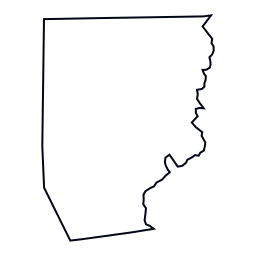 Trizidela do Vale, Maranhão, Brazil (orthographic projection)
{"feature_id": "56859067B97316284417201", "entity_name": "Trizidela do Vale", "entity_type": "district", "adm_level": 2, "iso_a3": "BRA", "parent_name": "Brazil", "parent_adm1": "Maranhão", "projection": "orthographic", "projection_center": [-44.635, -4.551], "detail": "fine", "context": "isolated", "style": "outline", "palette": "ink", "viewbox_px": 256, "rotation_deg": 0, "n_neighbors": 0, "source": "geoboundaries", "source_scale": "gbopen_adm2", "svg_char_len": 1060}
<svg xmlns="http://www.w3.org/2000/svg" viewBox="0 0 256 256"><path d="M70.3,240.6L76.8,239.8L80.5,239.4L132.1,232.3L153.7,228.8L149.9,225.9L146.0,224.3L144.6,220.3L145.4,214.1L146.0,208.3L143.3,204.3L143.7,199.6L143.5,194.6L145.5,191.1L150.4,188.0L154.1,186.3L156.4,182.6L162.1,179.6L166.0,175.3L169.8,172.3L167.8,169.6L165.8,165.7L164.9,162.2L165.4,157.7L169.5,154.7L177.7,166.6L182.1,165.9L185.9,162.9L187.4,159.7L191.4,157.7L195.1,155.1L198.6,155.7L200.4,152.6L203.7,150.7L204.9,146.1L205.3,142.5L203.3,138.8L201.6,135.8L202.3,132.3L195.6,127.0L191.8,122.5L194.5,119.6L197.6,116.3L195.9,113.0L195.8,108.9L199.3,108.0L203.7,108.3L199.7,103.0L197.0,98.9L197.8,94.0L197.0,89.8L201.8,89.0L204.4,86.7L204.4,83.3L205.5,80.2L205.9,76.2L203.9,73.5L202.6,69.9L206.0,69.9L209.7,67.7L210.6,64.6L210.3,60.9L209.4,57.3L212.2,54.4L213.7,50.6L213.5,46.2L211.5,43.2L212.2,38.7L208.6,34.3L205.3,29.9L202.6,26.5L211.0,15.4L203.4,16.4L130.7,17.6L104.9,18.0L67.9,18.7L57.2,18.9L44.0,19.1L42.3,146.2L44.1,187.7L70.3,240.6Z" fill="none" stroke="#020617" stroke-width="2"/></svg>